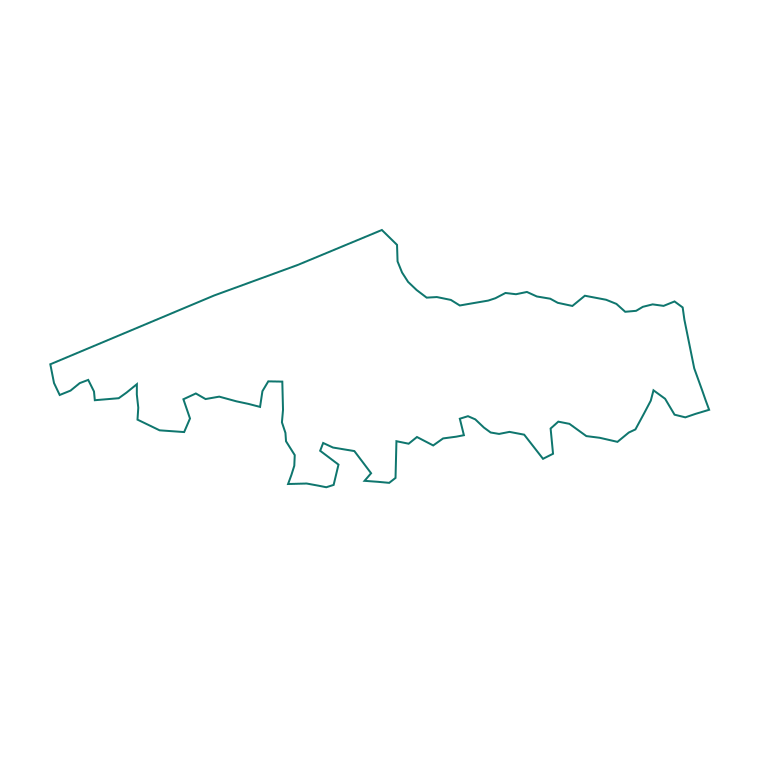 Entre Rios do Oeste, Paraná, Brazil, rotated 158°
{"feature_id": "56859067B61468544872659", "entity_name": "Entre Rios do Oeste", "entity_type": "district", "adm_level": 2, "iso_a3": "BRA", "parent_name": "Brazil", "parent_adm1": "Paraná", "projection": "robinson", "projection_center": [-54.223, -24.708], "detail": "fine", "context": "isolated", "style": "outline", "palette": "teal", "viewbox_px": 768, "rotation_deg": 158, "n_neighbors": 0, "source": "geoboundaries", "source_scale": "gbopen_adm2", "svg_char_len": 1586}
<svg xmlns="http://www.w3.org/2000/svg" viewBox="0 0 768 768"><g transform="rotate(158 384 384)"><path d="M476.2,309.9L468.5,309.3L456.4,326.3L468.2,346.0L462.5,352.1L455.1,344.2L436.6,332.9L429.4,306.1L438.3,301.5L426.1,295.5L416.2,290.4L408.5,292.6L393.9,326.3L383.5,319.4L373.3,322.5L361.4,308.6L349.6,311.4L336.8,308.1L329.1,306.6L326.7,323.4L318.2,322.7L312.6,317.0L307.7,306.2L303.3,299.1L296.0,294.6L285.6,292.6L273.0,284.5L264.6,255.1L253.4,256.0L246.2,280.3L236.5,283.8L227.0,277.6L215.9,259.9L204.1,253.3L189.2,242.9L175.2,247.3L167.9,247.7L153.9,259.3L142.9,268.6L136.5,277.2L128.9,265.0L126.1,246.7L117.1,240.2L106.3,239.6L92.2,238.3L91.9,248.2L91.4,258.4L90.5,282.3L81.4,331.1L78.4,343.1L83.7,351.7L95.5,351.7L105.1,357.2L115.1,358.6L122.8,357.4L133.3,360.6L138.5,371.2L146.5,378.9L164.7,390.6L180.1,385.8L192.5,394.2L197.9,400.8L209.5,407.9L217.0,415.8L228.0,417.8L237.3,422.9L248.6,421.8L256.1,422.3L275.4,426.5L284.3,428.4L290.5,436.9L302.4,444.8L312.1,448.1L318.6,459.0L323.4,469.6L325.5,480.6L325.5,492.6L319.8,508.1L328.3,527.6L419.3,526.7L508.3,529.7L686.0,527.3L689.6,508.5L688.8,495.3L677.1,495.3L665.8,498.8L656.7,498.6L655.7,485.7L658.2,477.3L635.3,470.2L625.9,472.5L613.2,476.4L617.1,466.9L620.7,454.1L625.9,443.3L609.4,425.1L587.3,414.3L576.8,424.7L575.7,445.0L562.0,445.7L555.1,436.9L541.5,434.0L527.3,423.2L517.1,416.3L507.5,409.2L499.4,422.9L490.3,429.8L477.4,424.3L487.3,397.9L493.0,386.7L493.7,375.6L496.3,367.6L493.4,351.5L497.8,341.8L503.9,334.4L510.4,327.2L493.0,320.7L482.9,314.3L476.2,309.9Z" fill="none" stroke="#0f766e" stroke-width="2"/></g></svg>